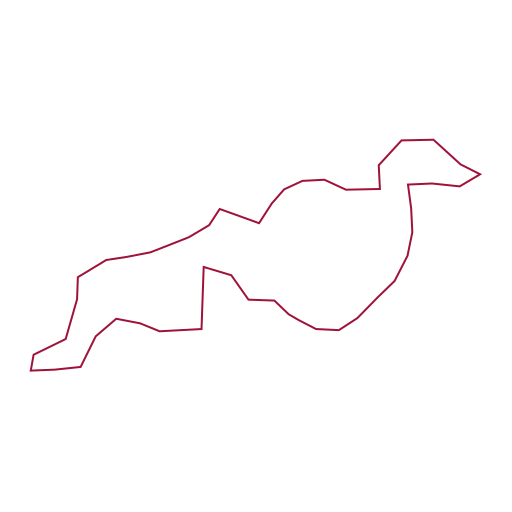 Nisou, Nicosia, Cyprus (Equal Earth projection), rotated 272°
{"feature_id": "46923920B45466837348284", "entity_name": "Nisou", "entity_type": "district", "adm_level": 2, "iso_a3": "CYP", "parent_name": "Cyprus", "parent_adm1": "Nicosia", "projection": "equal_earth", "projection_center": [33.387, 35.036], "detail": "fine", "context": "isolated", "style": "outline", "palette": "rose", "viewbox_px": 512, "rotation_deg": 272, "n_neighbors": 0, "source": "geoboundaries", "source_scale": "gbopen_adm2", "svg_char_len": 745}
<svg xmlns="http://www.w3.org/2000/svg" viewBox="0 0 512 512"><g transform="rotate(272 256 256)"><path d="M133.6,34.9L135.4,58.8L139.0,84.6L170.1,98.6L188.4,118.5L184.7,142.4L177.4,162.3L181.1,204.1L212.1,204.1L243.2,204.1L235.9,232.0L212.1,250.0L212.1,275.9L198.9,290.7L193.3,301.2L185.1,318.5L184.8,341.4L197.5,359.5L219.4,379.5L235.9,395.4L261.5,407.4L285.2,411.4L309.0,409.4L332.7,405.4L334.6,429.3L332.7,457.2L345.5,477.1L354.7,457.2L378.4,429.3L376.6,397.4L351.0,375.5L327.3,377.5L325.4,343.6L334.6,321.7L332.7,299.8L323.6,281.8L309.0,269.9L288.9,257.9L301.7,218.1L285.2,208.1L272.4,188.2L256.0,150.4L250.5,126.5L246.8,106.5L228.6,78.7L206.6,78.7L166.4,68.7L149.6,37.2L133.6,34.9Z" fill="none" stroke="#9f1239" stroke-width="2"/></g></svg>